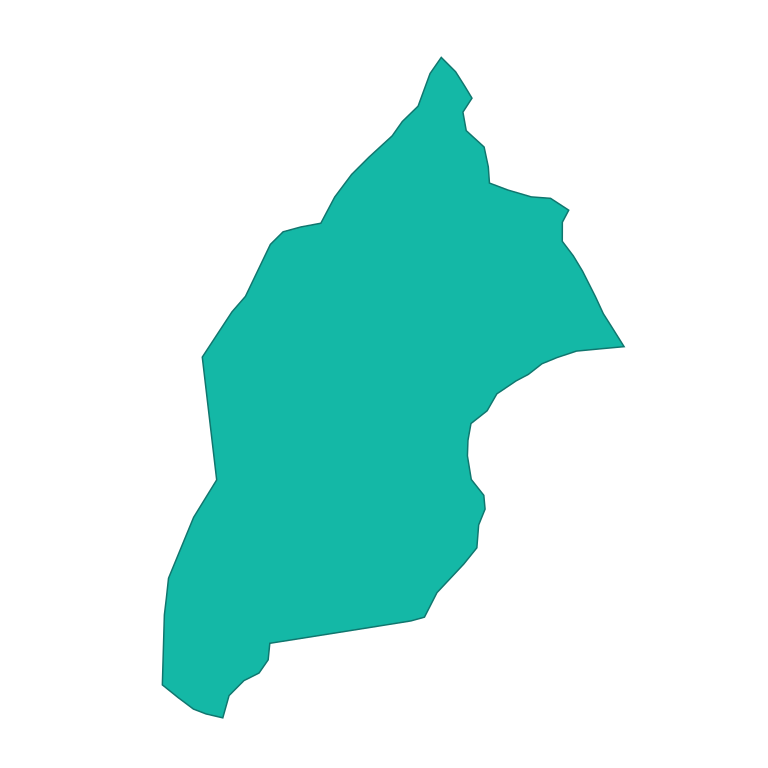 the district of São Francisco, Sergipe, Brazil, rotated 356°
{"feature_id": "56859067B71066777145580", "entity_name": "São Francisco", "entity_type": "district", "adm_level": 2, "iso_a3": "BRA", "parent_name": "Brazil", "parent_adm1": "Sergipe", "projection": "albers", "projection_center": [-36.858, -10.332], "detail": "fine", "context": "isolated", "style": "filled", "palette": "teal", "viewbox_px": 768, "rotation_deg": 356, "n_neighbors": 0, "source": "geoboundaries", "source_scale": "gbopen_adm2", "svg_char_len": 1031}
<svg xmlns="http://www.w3.org/2000/svg" viewBox="0 0 768 768"><g transform="rotate(356 384 384)"><path d="M204.6,344.5L210.4,468.0L184.8,503.7L155.5,562.7L151.9,582.8L148.8,599.0L141.9,668.7L156.9,682.6L171.2,695.0L183.4,700.7L199.9,705.8L207.7,684.0L223.6,670.1L239.2,663.6L249.2,651.1L252.0,634.7L362.9,625.0L394.4,622.2L408.1,619.4L422.3,595.8L451.0,569.2L465.2,553.9L468.6,531.2L476.1,515.9L475.8,502.0L464.4,485.3L462.2,461.5L463.8,446.2L468.0,429.5L485.0,417.9L495.9,401.7L516.0,390.1L528.8,384.4L543.0,374.8L558.4,369.7L578.2,364.6L602.4,364.0L626.1,363.5L615.5,343.6L607.7,329.2L601.0,311.6L589.9,285.2L581.8,269.4L571.8,254.1L573.2,235.1L580.4,223.5L563.1,210.4L543.9,207.6L521.0,199.1L503.2,190.9L503.2,174.7L500.4,154.6L483.7,137.0L481.7,118.3L491.7,105.0L485.3,92.5L477.2,77.5L463.9,62.2L451.6,77.5L437.4,109.2L420.6,123.4L409.5,137.0L384.9,156.6L366.3,172.7L347.9,194.0L332.2,219.2L312.2,221.5L294.0,225.1L280.4,236.8L251.9,286.9L237.4,301.4L204.6,344.5Z" fill="#14b8a6" stroke="#0f766e" stroke-width="1.5"/></g></svg>